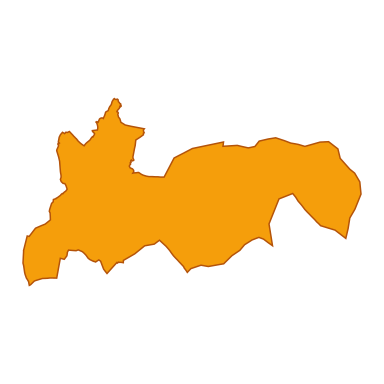 the district of Abakaliki, Ebonyi, Nigeria
{"feature_id": "59680162B3222658090770", "entity_name": "Abakaliki", "entity_type": "district", "adm_level": 2, "iso_a3": "NGA", "parent_name": "Nigeria", "parent_adm1": "Ebonyi", "projection": "robinson", "projection_center": [8.158, 6.263], "detail": "fine", "context": "isolated", "style": "filled", "palette": "amber", "viewbox_px": 384, "rotation_deg": 0, "n_neighbors": 0, "source": "geoboundaries", "source_scale": "gbopen_adm2", "svg_char_len": 4122}
<svg xmlns="http://www.w3.org/2000/svg" viewBox="0 0 384 384"><path d="M23.6,251.4L23.3,257.0L23.0,263.1L23.7,265.9L24.6,272.3L25.1,274.4L26.4,278.1L27.2,279.3L27.9,280.4L28.4,281.4L28.7,282.1L28.9,283.4L29.3,285.4L30.5,284.8L34.4,281.0L35.8,280.5L42.3,278.5L47.2,278.3L49.8,278.0L52.5,278.0L56.7,278.1L60.3,258.3L62.3,258.8L64.3,259.3L66.9,255.8L67.3,253.4L67.3,252.5L68.5,250.1L71.9,250.4L76.1,250.7L77.4,250.2L78.3,249.9L82.4,251.7L84.2,253.3L86.0,255.2L88.2,258.3L89.9,259.6L93.4,261.3L93.5,261.2L95.6,262.0L98.8,259.9L100.6,261.2L103.6,269.1L105.3,271.4L107.0,273.5L116.9,262.5L117.3,263.1L118.0,262.7L118.6,262.1L119.6,262.4L120.9,262.3L123.3,262.7L123.4,260.4L134.8,253.8L144.7,245.8L154.3,244.1L159.5,240.2L161.2,241.8L163.8,244.2L166.0,246.2L168.0,248.5L169.6,250.4L171.6,253.3L173.5,255.8L175.7,258.2L177.5,260.0L179.1,261.8L182.1,265.0L183.6,266.6L184.2,268.0L186.1,270.5L187.3,272.4L190.9,268.6L201.0,265.2L208.3,266.5L219.5,264.5L223.7,263.8L231.9,255.7L239.9,250.3L240.3,249.8L244.6,244.7L249.7,241.5L252.0,240.0L256.1,238.4L258.9,237.4L263.5,239.1L268.1,242.6L272.5,245.7L269.0,223.9L279.0,198.9L292.7,193.5L295.7,197.2L298.1,201.1L301.3,204.8L303.7,207.9L304.7,209.3L307.3,212.1L309.4,214.2L311.4,216.3L314.7,219.6L316.7,221.9L318.6,223.6L320.6,225.7L335.0,230.1L345.8,238.4L348.1,228.6L348.2,228.0L349.8,218.0L354.4,210.1L355.0,209.0L361.0,194.1L359.8,181.9L354.7,173.2L354.4,172.9L349.8,169.2L349.2,168.5L340.2,158.4L337.9,148.9L328.6,141.7L320.1,142.1L304.9,146.4L298.2,144.4L294.4,143.7L290.8,143.1L284.5,140.7L275.7,137.8L268.2,139.0L259.2,141.1L254.9,146.5L250.7,147.4L248.3,147.9L241.5,146.4L237.3,145.4L223.0,146.3L223.5,142.0L192.4,148.5L174.1,158.0L164.1,177.1L160.8,177.1L157.8,176.8L155.5,176.8L151.8,176.6L148.9,176.6L146.2,176.1L143.0,175.1L141.2,174.2L138.7,172.5L137.8,172.5L135.7,172.8L133.8,172.9L132.9,173.1L133.5,172.1L133.8,171.1L133.5,170.1L132.5,168.9L130.1,167.8L129.3,166.2L129.6,165.2L130.5,164.4L130.6,163.8L130.1,163.0L131.1,162.2L130.8,161.4L131.0,161.1L130.8,160.6L131.3,160.0L132.3,160.9L133.7,160.4L133.7,159.4L133.1,158.7L132.9,156.9L133.3,154.9L134.5,148.5L135.2,145.5L135.8,140.0L140.1,137.2L143.4,134.8L143.4,133.2L144.2,132.8L143.9,132.2L143.4,130.8L143.6,129.7L144.3,128.8L141.6,128.3L131.1,126.3L125.2,125.0L123.2,123.7L120.9,122.3L120.4,120.5L119.8,118.7L118.5,117.1L118.2,115.8L117.8,114.4L118.3,113.0L118.0,112.4L117.7,112.0L116.9,111.7L117.3,110.7L118.2,109.5L118.8,108.9L119.4,108.1L119.8,106.6L120.1,106.7L120.4,106.9L121.2,106.1L121.1,105.7L120.6,105.7L120.4,105.2L120.6,104.8L120.8,104.4L120.6,103.8L120.1,103.6L119.8,103.5L119.3,102.5L118.4,101.7L118.2,100.7L118.1,99.9L118.0,99.6L117.3,99.1L117.1,99.1L116.8,99.3L116.5,99.5L115.0,99.3L114.4,98.6L113.5,99.2L113.0,100.2L112.2,101.4L111.9,102.4L111.3,104.5L109.6,106.9L108.8,108.6L108.2,110.6L107.2,111.2L106.5,111.5L105.7,112.1L105.5,112.5L105.1,114.1L104.8,114.9L104.3,116.3L103.8,117.2L103.3,118.5L102.8,118.2L102.2,117.9L101.3,118.0L100.4,118.3L99.5,119.0L98.1,122.3L96.9,121.6L96.0,122.1L96.8,123.1L97.3,124.7L97.7,126.3L97.8,128.1L97.4,130.0L97.2,130.0L96.5,130.1L91.6,130.7L92.2,130.7L93.1,132.1L93.9,132.8L94.5,133.6L94.6,133.8L94.2,134.9L92.9,137.0L92.4,136.7L91.2,138.1L90.0,140.0L88.7,141.1L87.2,142.3L86.3,143.1L85.5,143.9L84.1,145.8L82.1,144.5L80.4,143.2L78.6,141.5L77.5,140.4L77.5,140.1L77.2,139.9L76.6,139.0L75.6,138.1L75.1,137.6L74.8,137.2L74.0,136.5L72.8,135.1L69.4,131.5L67.3,132.5L65.9,132.2L64.6,133.6L62.5,132.3L60.5,134.6L59.2,137.2L58.5,141.0L58.3,142.1L58.8,142.6L59.4,143.1L58.8,143.6L58.3,143.5L57.9,143.8L57.9,144.1L58.0,144.6L58.5,145.0L58.4,146.2L56.9,149.6L56.7,150.7L58.6,156.9L59.6,161.2L60.4,171.4L60.6,173.0L61.0,175.0L61.1,177.2L60.4,179.4L61.2,181.6L63.1,183.4L64.8,183.6L65.1,184.1L65.9,185.4L67.0,188.7L67.1,189.3L65.6,191.3L64.9,191.7L64.0,192.4L62.9,193.7L62.7,193.5L62.3,193.5L61.2,194.4L60.4,195.4L57.3,197.7L56.2,198.2L56.1,198.6L55.2,198.9L53.4,199.5L53.2,201.8L51.6,203.4L49.7,209.3L49.3,211.3L50.1,213.0L50.3,216.6L50.4,219.9L45.2,224.1L41.0,225.8L35.5,228.2L29.2,236.4L27.2,236.0L23.5,250.8L23.6,251.4Z" fill="#f59e0b" stroke="#b45309" stroke-width="1.5"/></svg>